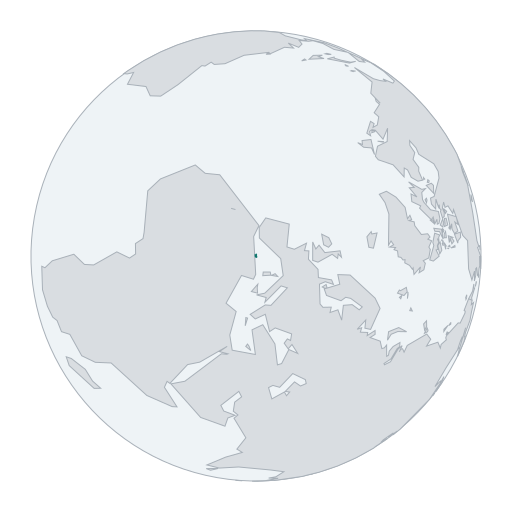 globe centered on Boumerdès, rotated 100°
{"feature_id": "DZA-2196", "entity_name": "Boumerdès", "entity_type": "Province", "adm_level": 1, "iso_a3": "DZA", "parent_name": "Algeria", "parent_adm1": "", "projection": "orthographic", "projection_center": [3.676, 36.757], "detail": "fine", "context": "on_globe", "style": "filled", "palette": "teal", "viewbox_px": 512, "rotation_deg": 100, "n_neighbors": 0, "source": "natural_earth", "source_scale": "10m", "svg_char_len": 10262}
<svg xmlns="http://www.w3.org/2000/svg" viewBox="0 0 512 512"><g transform="rotate(100 256 256)"><circle cx="256" cy="256" r="225" fill="#eef3f6" stroke="#a8b0b8"/><path d="M116.2,79.4L120.8,75.8L138.2,65.7L132.3,69.5L137.2,67.2L144.9,62.5L148.8,60.1L176.0,50.0L202.5,41.1L207.9,38.2L209.1,39.3L217.3,34.6L229.8,32.4L217.5,35.1L217.6,35.7L227.0,33.9L229.1,34.2L234.9,33.7L236.6,34.5L229.3,36.7L230.3,37.4L236.9,36.2L242.7,36.6L232.9,38.2L242.2,39.2L231.7,44.4L204.1,50.3L199.9,55.9L176.0,69.5L179.9,69.6L173.3,75.7L175.3,78.3L170.3,80.6L176.3,80.8L180.5,78.2L184.5,77.5L186.1,79.0L180.0,82.1L178.3,81.8L177.3,83.5L173.6,84.5L176.3,84.8L168.7,88.7L178.5,87.2L174.4,92.2L168.7,94.2L166.4,90.9L147.5,89.3L141.0,91.3L134.3,96.9L127.6,113.3L121.7,117.2L115.7,124.8L120.3,123.7L126.6,117.6L133.6,118.1L140.4,111.1L144.2,110.5L152.4,105.1L154.2,109.5L151.6,116.8L144.9,121.7L143.6,125.3L152.4,123.9L142.4,136.8L140.0,152.3L137.1,155.7L126.8,155.4L120.5,146.7L107.3,148.6L118.9,151.2L111.4,160.4L111.4,163.7L113.6,165.8L117.7,164.0L115.8,168.2L103.5,166.6L105.1,162.7L109.0,163.1L105.9,159.3L97.6,159.3L94.4,164.5L85.2,160.7L82.9,164.5L79.5,166.2L83.9,160.2L75.8,171.2L64.5,171.9L53.3,191.8L61.0,171.3L61.7,164.5L61.5,158.7L59.6,161.7L62.0,151.2L59.7,150.1L52.0,162.1L45.7,176.5L43.7,186.3L46.2,182.6L46.5,188.1L39.5,200.7L39.0,215.1L35.1,227.0L34.1,237.3L35.4,241.5L36.3,250.9L39.3,247.5L43.1,250.2L40.7,261.2L44.7,255.1L45.5,264.2L54.5,277.3L53.2,278.7L60.4,302.6L72.0,319.9L74.6,330.4L72.9,333.8L77.8,339.2L77.9,342.4L100.7,362.5L115.1,377.6L116.6,388.0L108.2,393.8L109.2,412.4L96.5,408.4L99.1,414.5L99.3,417.8L95.5,414.1L83.1,400.4L71.8,385.7L61.8,370.2L53.1,353.9L52.4,352.3L48.2,342.9L44.1,332.5L39.0,316.5L35.1,300.2L32.9,287.1L32.4,279.7L31.8,272.0L34.1,265.4L35.3,248.8L35.0,243.7L33.5,246.0L34.1,226.4L36.8,211.8L46.7,172.6L53.5,157.3L61.4,142.5L70.4,128.3L80.5,114.8L91.5,102.1L103.4,90.3L116.2,79.4ZM49.8,197.5L49.4,220.0L46.5,213.6L47.6,213.3L48.4,206.1L48.7,196.4L47.0,191.6L49.8,197.5ZM56.7,193.1L56.6,190.0L57.2,192.2L56.7,193.1ZM150.2,59.1L144.8,62.4L137.1,66.8L141.3,63.9L150.2,59.1ZM165.2,52.2L163.3,53.5L158.1,55.1L160.8,53.8L165.2,52.2ZM211.3,36.4L206.5,37.7L210.4,36.5L211.3,36.4ZM235.4,33.6L236.0,33.2L238.7,33.2L235.4,33.6ZM150.9,103.2L151.6,104.1L149.7,104.6L150.9,103.2ZM153.7,100.1L151.0,100.0L151.9,98.5L153.6,98.6L153.7,100.1ZM243.9,34.4L248.0,34.7L242.6,34.7L243.9,34.4ZM156.9,100.6L153.9,96.0L155.6,93.5L163.4,91.9L156.9,100.6ZM249.6,35.1L259.8,36.4L262.1,35.5L261.2,39.2L252.9,36.6L245.7,36.6L249.8,35.9L249.6,35.1ZM181.1,76.8L176.7,79.6L178.9,76.0L181.1,76.8ZM181.5,74.7L182.5,65.6L189.8,62.6L188.0,66.1L196.3,61.5L199.4,64.4L195.5,67.6L190.2,68.9L195.4,69.1L181.5,74.7ZM259.0,41.4L260.4,42.2L257.6,41.8L259.0,41.4ZM186.3,77.0L185.8,75.3L192.1,72.5L194.2,75.5L191.5,75.4L186.3,77.0ZM197.0,59.0L202.0,57.7L205.9,59.7L208.3,59.5L200.1,64.3L197.0,59.0ZM190.9,76.8L195.0,77.1L193.5,79.9L187.1,78.6L190.9,76.8ZM192.9,70.6L196.0,69.5L194.9,71.0L192.9,70.6ZM190.5,90.5L189.8,88.1L193.0,86.4L190.5,90.5ZM196.7,77.1L197.2,76.2L198.4,75.3L200.8,76.2L196.7,77.1ZM203.4,65.5L203.9,66.7L206.9,63.6L210.0,65.2L203.9,68.2L207.8,67.6L208.7,68.1L202.7,70.1L203.4,65.5ZM206.8,74.6L200.1,79.5L200.6,84.1L197.8,85.7L197.4,78.0L206.8,74.6ZM204.9,71.7L205.4,73.8L201.6,74.5L198.9,73.6L204.9,71.7ZM214.2,65.3L211.1,62.0L212.6,61.5L214.2,65.3ZM207.7,75.7L209.3,74.6L208.2,76.0L207.7,75.7ZM213.0,68.3L211.8,67.1L213.4,66.5L213.0,68.3ZM213.5,73.4L211.4,74.8L209.5,74.1L213.5,73.4ZM213.9,70.9L216.5,70.4L210.1,73.0L213.1,70.4L213.9,70.9ZM214.8,67.9L215.4,67.2L215.1,68.5L214.8,67.9ZM222.0,75.4L214.3,78.8L210.1,77.2L218.1,74.0L222.0,75.4ZM408.4,90.1L406.8,88.6L407.9,89.9L403.9,86.5L411.7,94.4L406.3,90.0L415.0,98.8L417.8,100.6L412.9,94.9L422.8,105.2L424.7,106.7L437.4,122.4L448.6,139.1L458.3,156.9L458.3,157.1L463.2,168.2L465.0,172.0L473.9,199.0L473.8,199.5L477.3,214.2L477.5,214.7L478.5,220.7L475.9,208.5L471.1,195.6L472.5,205.0L470.0,198.1L463.6,191.1L464.2,204.5L466.8,236.5L471.2,255.2L470.3,268.1L459.3,250.9L451.8,235.4L449.5,241.3L436.8,234.4L419.6,249.5L415.7,246.2L412.8,251.4L403.6,251.6L397.2,245.7L392.3,249.4L409.2,264.7L414.3,260.8L416.5,249.0L420.4,255.6L429.0,257.0L424.6,282.5L396.7,317.6L391.7,304.3L358.3,273.1L357.9,267.9L357.7,267.4L357.2,266.6L356.5,275.4L350.0,268.7L370.3,293.0L374.8,304.5L396.4,318.7L394.9,321.8L401.2,323.4L418.3,307.6L418.9,312.4L412.3,339.3L386.5,380.1L388.6,395.8L384.5,410.3L365.5,425.7L364.3,434.4L354.1,440.7L351.5,445.6L341.7,452.7L326.3,460.4L303.3,465.2L304.2,461.8L296.1,455.8L285.9,435.7L294.1,423.5L293.0,414.3L276.1,393.8L280.0,380.2L274.9,374.9L264.7,376.9L258.5,370.3L252.2,370.3L210.6,373.9L196.7,363.5L176.9,331.6L183.4,320.4L182.3,305.8L225.5,258.4L237.2,261.7L274.2,253.1L279.3,254.5L277.7,266.9L307.7,277.3L314.1,265.9L338.4,268.1L352.9,263.1L353.1,239.5L329.4,247.1L322.5,237.4L339.3,222.1L359.5,216.0L357.5,212.1L342.4,207.4L344.7,198.0L336.9,205.2L341.8,208.2L337.0,213.1L332.2,210.7L333.2,207.3L326.5,207.4L323.5,224.6L328.1,229.5L311.8,236.7L318.1,245.8L314.5,251.6L302.6,238.4L302.0,232.7L281.9,219.6L281.1,226.1L300.0,239.2L295.1,238.8L294.2,248.7L291.1,240.9L270.6,225.8L254.3,231.2L237.7,255.8L227.3,257.8L216.8,253.0L218.8,228.8L241.7,227.1L242.7,219.4L234.6,208.5L242.3,209.2L241.8,204.8L250.1,203.8L258.4,192.6L266.4,190.8L266.4,177.4L270.5,174.8L269.3,183.3L272.7,188.6L292.1,184.6L294.9,181.2L293.3,173.0L298.8,173.3L294.8,166.0L304.3,160.5L289.4,161.4L287.2,152.8L291.1,145.0L287.7,142.5L281.3,155.4L281.1,160.5L285.3,164.5L282.6,179.7L276.6,183.1L269.3,168.6L260.1,172.2L258.4,160.0L276.8,131.4L286.1,124.7L308.4,130.4L308.2,136.2L300.0,136.8L310.6,143.6L308.3,139.5L312.9,140.0L311.9,132.7L315.1,132.7L308.7,125.8L312.5,125.1L316.5,129.5L318.3,118.9L325.3,116.0L324.2,113.7L321.0,111.9L332.1,109.9L330.7,108.3L326.6,108.3L321.3,105.2L316.2,99.2L320.3,98.8L322.7,100.9L333.9,105.2L339.7,111.3L340.8,110.6L336.8,105.2L323.1,100.0L318.9,96.5L325.5,98.2L322.7,97.3L321.9,95.5L325.0,93.5L317.8,91.5L303.2,74.3L307.6,69.5L315.1,72.4L309.3,61.9L314.7,58.5L310.9,58.3L305.5,54.0L303.7,54.9L301.5,54.6L286.8,45.3L286.6,43.3L275.9,40.3L274.0,40.4L273.5,41.6L261.2,39.2L262.1,35.5L266.5,35.5L264.1,33.7L274.6,34.1L282.1,34.1L294.9,36.4L299.8,36.6L298.2,35.9L303.7,36.2L320.1,40.1L313.5,39.7L290.2,37.1L300.3,38.1L300.0,38.9L304.8,40.0L311.8,41.0L311.4,40.4L332.8,49.3L353.5,57.1L347.2,52.7L348.8,52.2L366.9,60.2L399.8,82.8L401.7,84.1L408.4,90.1ZM213.8,284.3L213.4,288.8L213.8,284.3ZM383.4,220.8L394.0,215.6L385.0,204.4L388.3,201.7L384.1,199.2L384.3,203.7L373.3,196.2L376.3,189.6L372.9,184.4L369.2,185.9L365.4,199.4L381.2,209.9L380.5,216.9L383.4,220.8ZM54.8,277.5L55.6,281.2L54.0,279.2L54.8,277.5ZM44.4,216.9L45.1,220.0L44.9,223.1L44.1,221.5L44.4,216.9ZM54.3,240.8L55.9,244.9L53.5,242.4L54.3,240.8ZM49.7,223.3L53.0,237.9L48.5,234.5L46.7,225.5L48.9,229.1L49.7,223.3ZM53.1,197.8L53.2,200.4L52.0,201.8L53.1,197.8ZM57.2,194.7L56.9,194.2L57.6,191.8L57.2,194.7ZM112.1,160.4L113.0,160.7L114.5,163.4L112.3,163.5L112.1,160.4ZM130.2,168.8L126.7,175.5L127.7,170.5L123.9,171.6L121.3,163.0L135.5,156.9L129.5,161.0L130.2,168.8ZM121.8,150.5L121.8,156.2L121.2,150.3L121.8,150.5ZM230.9,183.5L234.8,186.1L233.2,191.3L223.1,195.1L225.3,187.5L230.9,183.5ZM240.7,188.8L236.3,174.1L242.4,171.6L239.7,175.4L244.2,175.2L241.1,181.3L251.3,193.9L250.5,199.4L232.3,202.6L238.7,198.3L234.4,195.8L240.7,188.8ZM214.2,145.8L212.3,140.8L227.9,141.7L227.8,146.4L217.8,150.1L212.0,146.8L214.2,145.8ZM171.2,99.3L169.5,98.2L171.2,97.3L174.0,97.3L171.2,99.3ZM189.9,89.5L180.5,103.2L178.0,102.5L175.4,112.0L168.0,114.1L169.9,107.8L162.2,116.9L161.0,112.1L156.5,118.6L161.6,104.3L160.2,100.8L164.6,103.8L171.5,101.8L174.0,99.9L180.2,92.1L180.5,84.1L187.4,81.3L192.2,81.5L193.2,83.0L188.4,84.2L193.1,85.4L186.9,88.3L189.9,89.5ZM244.2,92.5L238.2,92.1L246.7,97.2L240.5,99.2L241.9,99.7L238.6,103.1L236.9,108.3L233.7,108.6L234.4,110.5L232.2,113.0L232.1,115.8L226.4,117.5L225.8,121.2L223.4,120.0L224.0,126.0L221.0,122.4L217.8,125.6L222.4,127.4L191.6,132.4L181.0,138.2L173.8,145.3L169.6,138.8L173.7,128.4L182.2,117.6L193.0,113.3L189.2,111.5L193.2,109.0L194.6,111.5L194.9,106.2L198.6,104.9L206.1,96.9L204.3,90.8L207.1,87.9L209.6,89.7L210.5,85.7L217.2,87.3L219.3,85.5L227.9,85.5L231.6,90.5L233.7,88.0L240.4,88.3L244.2,92.5ZM224.4,75.6L230.2,80.5L229.7,84.2L214.8,82.7L212.0,84.2L202.5,84.0L203.4,78.8L206.0,79.3L208.8,78.6L207.4,80.4L210.6,78.4L214.4,79.2L217.9,77.9L218.8,79.7L224.4,75.6ZM283.4,249.3L287.0,249.3L292.3,248.0L291.8,254.4L283.4,249.3ZM269.3,239.2L272.3,238.0L274.2,245.9L270.5,246.1L269.3,239.2ZM272.4,231.0L272.4,237.4L270.1,234.1L272.4,231.0ZM271.9,182.0L275.0,180.5L275.9,182.3L275.0,185.4L271.9,182.0ZM268.0,110.2L264.6,108.9L265.1,107.7L260.8,102.5L265.0,100.9L269.2,103.4L268.0,110.2ZM350.0,244.7L346.8,250.4L344.2,249.1L345.8,247.4L350.0,244.7ZM318.6,253.5L326.6,254.5L318.4,255.3L318.6,253.5ZM271.8,107.6L269.5,105.5L273.0,106.0L271.8,107.6ZM267.8,99.5L271.7,99.5L265.0,100.1L267.8,99.5ZM414.5,392.4L396.4,420.9L388.2,425.4L389.0,420.1L397.3,404.4L407.5,395.3L413.2,386.0L414.5,392.4ZM480.5,237.3L480.2,235.0L479.8,230.6L480.5,237.3ZM471.8,256.3L474.9,263.6L474.0,268.1L471.8,256.3ZM461.7,164.1L461.3,163.3L460.8,162.2L461.7,164.1ZM304.4,94.5L305.8,103.3L309.6,109.3L316.1,111.9L307.5,112.3L301.7,103.0L304.4,94.5ZM302.9,76.7L297.2,75.0L299.2,73.7L300.8,73.9L302.9,76.7ZM299.8,77.1L293.8,79.1L290.2,76.8L295.7,75.7L299.8,77.1ZM283.0,92.5L283.1,95.1L280.2,94.5L283.0,92.5ZM363.2,57.8L361.0,56.7L359.9,56.1L363.2,57.8ZM356.7,54.5L358.7,55.6L346.1,51.4L342.1,50.0L349.1,51.1L351.4,52.3L355.4,54.0L356.7,54.5ZM262.3,41.7L260.6,42.2L260.7,41.3L262.3,41.7ZM300.6,55.2L297.6,54.6L297.9,53.4L300.6,55.2ZM289.4,52.4L291.1,54.2L287.5,52.5L289.4,52.4ZM295.5,58.2L291.0,54.9L297.7,57.9L295.5,58.2Z" fill="#d9dde1" stroke="#a8b0b8" stroke-width="1"/><path d="M254.4,256.1L254.5,256.0L254.6,255.9L254.8,255.9L255.3,255.9L255.5,255.9L255.8,255.8L255.9,255.7L256.1,255.5L256.5,255.4L256.9,255.5L257.0,255.4L257.1,255.5L257.0,255.8L256.9,255.9L256.8,256.0L256.8,256.3L256.7,256.4L256.4,256.4L256.2,256.4L256.2,256.5L255.9,256.6L256.0,256.4L255.9,256.3L255.9,256.2L255.8,256.3L255.7,256.3L255.4,256.3L255.2,256.3L255.1,256.2L254.9,256.2L254.6,256.3L254.4,256.1L254.4,256.1Z" fill="#14b8a6" stroke="#0f766e" stroke-width="1.5"/></g></svg>